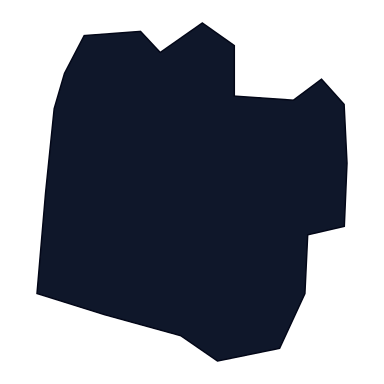 the Urban county of Nyíregyháza
{"feature_id": "HUN-4923", "entity_name": "Nyíregyháza", "entity_type": "Urban county", "adm_level": 1, "iso_a3": "HUN", "parent_name": "Hungary", "parent_adm1": "", "projection": "orthographic", "projection_center": [21.77, 47.935], "detail": "fine", "context": "isolated", "style": "filled", "palette": "ink", "viewbox_px": 384, "rotation_deg": 0, "n_neighbors": 0, "source": "natural_earth", "source_scale": "10m", "svg_char_len": 382}
<svg xmlns="http://www.w3.org/2000/svg" viewBox="0 0 384 384"><path d="M202.3,23.0L234.3,45.6L234.3,96.1L293.4,100.2L321.5,79.2L344.1,104.4L347.0,163.2L344.3,226.3L307.7,234.8L304.9,293.6L279.6,348.3L217.5,361.0L180.8,335.7L104.7,314.7L37.0,293.5L45.6,192.6L54.2,108.6L64.5,73.4L84.2,35.6L140.5,31.4L160.2,52.5L202.3,23.0Z" fill="#0f172a" stroke="#020617" stroke-width="1.5"/></svg>